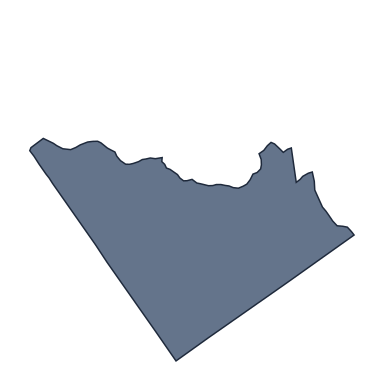 the district of Maripá, Paraná, Brazil, rotated 145°
{"feature_id": "56859067B39999283934615", "entity_name": "Maripá", "entity_type": "district", "adm_level": 2, "iso_a3": "BRA", "parent_name": "Brazil", "parent_adm1": "Paraná", "projection": "mercator", "projection_center": [-53.816, -24.473], "detail": "fine", "context": "isolated", "style": "filled", "palette": "slate", "viewbox_px": 384, "rotation_deg": 145, "n_neighbors": 0, "source": "geoboundaries", "source_scale": "gbopen_adm2", "svg_char_len": 1300}
<svg xmlns="http://www.w3.org/2000/svg" viewBox="0 0 384 384"><g transform="rotate(145 192 192)"><path d="M301.9,183.0L301.8,96.7L302.0,62.8L261.8,63.2L233.6,63.2L202.6,63.2L165.7,63.2L83.9,63.8L84.1,68.2L84.9,74.1L88.1,77.4L92.5,81.1L93.4,87.5L93.3,94.0L93.3,99.6L93.8,104.8L90.3,123.2L85.7,130.6L82.0,139.4L86.0,140.7L92.4,141.3L96.1,140.3L101.1,140.1L85.4,171.1L89.2,172.2L94.5,172.1L95.4,177.2L96.8,184.0L98.8,187.3L103.7,186.7L109.3,184.9L115.1,184.9L116.7,178.9L119.6,174.4L122.6,171.5L127.5,170.6L131.8,171.7L137.3,168.7L142.6,167.0L146.7,167.4L151.8,168.5L155.7,171.9L158.2,175.7L161.2,178.5L164.1,181.6L167.9,184.2L171.2,185.3L174.9,187.7L178.2,191.5L180.5,194.1L182.9,196.6L184.7,202.3L189.6,204.1L192.5,206.0L193.9,210.4L193.9,214.6L195.3,218.4L197.0,223.1L199.2,226.3L198.5,230.3L199.3,234.2L196.7,237.3L202.9,240.3L206.7,243.8L210.9,245.5L214.1,247.1L218.3,247.5L223.8,249.1L227.2,250.5L230.4,252.8L232.6,258.7L233.1,264.4L232.2,269.0L234.2,272.7L236.1,276.5L238.4,284.5L240.2,287.7L244.3,290.4L248.8,292.8L256.5,294.7L261.6,295.1L267.1,296.3L273.0,301.5L276.2,307.5L277.6,311.3L280.3,316.2L283.1,321.2L298.5,320.7L301.2,318.9L300.9,311.9L301.3,302.3L301.3,290.2L301.0,285.5L301.3,278.9L301.3,224.3L301.3,204.2L301.9,183.0Z" fill="#64748b" stroke="#1e293b" stroke-width="1.5"/></g></svg>